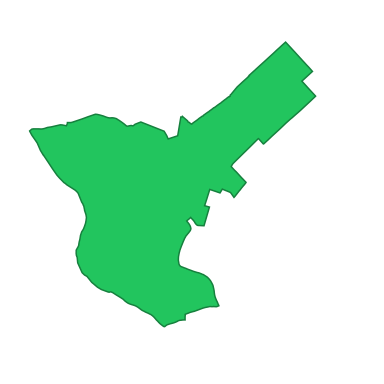 the district of Facaeni, Ialomita, Romania, rotated 167°
{"feature_id": "2599482B24358935740376", "entity_name": "Facaeni", "entity_type": "district", "adm_level": 2, "iso_a3": "ROU", "parent_name": "Romania", "parent_adm1": "Ialomita", "projection": "mercator", "projection_center": [27.92, 44.584], "detail": "fine", "context": "isolated", "style": "filled", "palette": "green", "viewbox_px": 384, "rotation_deg": 167, "n_neighbors": 0, "source": "geoboundaries", "source_scale": "gbopen_adm2", "svg_char_len": 5896}
<svg xmlns="http://www.w3.org/2000/svg" viewBox="0 0 384 384"><g transform="rotate(167 192 192)"><path d="M336.5,288.0L336.4,287.5L335.5,284.2L335.1,282.9L333.4,278.7L331.8,274.6L330.3,266.5L328.7,261.7L328.6,261.8L325.2,252.8L322.7,246.0L319.8,238.8L317.9,235.3L316.0,232.2L314.7,230.0L313.6,228.9L312.4,227.2L306.5,221.2L305.2,219.8L303.8,217.6L303.2,216.3L301.8,207.3L301.8,207.2L301.0,204.8L300.9,203.6L300.6,202.6L300.7,199.0L300.8,198.3L300.4,193.8L300.6,190.9L301.7,187.9L302.8,185.4L304.6,182.5L306.2,180.2L308.5,177.9L310.4,174.8L311.2,172.8L311.8,171.3L313.2,168.6L313.9,166.9L314.4,165.5L315.1,164.5L317.9,161.4L318.7,158.1L318.9,156.1L318.6,154.1L319.3,148.7L317.2,138.1L315.4,135.3L313.3,133.4L310.0,126.5L305.5,120.5L302.3,117.4L296.2,113.4L295.1,113.0L294.4,113.0L293.5,113.0L291.8,111.7L288.7,108.5L285.5,105.4L283.3,103.1L282.7,102.2L282.4,101.7L281.8,100.8L281.3,100.2L279.6,98.3L278.1,97.1L276.2,95.9L274.4,94.9L272.7,93.8L270.9,92.2L269.6,90.7L267.7,88.4L267.0,87.7L265.8,86.8L264.5,85.6L263.7,85.0L261.9,83.7L260.9,82.8L259.5,81.7L258.5,80.5L257.7,79.4L257.0,78.3L255.5,75.4L254.4,73.7L253.9,72.7L253.1,71.4L252.4,70.4L250.1,67.6L249.5,67.1L249.1,67.0L248.8,67.0L247.4,67.7L246.7,68.0L245.5,68.3L244.8,68.3L243.2,68.5L242.1,68.5L239.3,68.6L237.0,68.9L235.2,69.3L234.8,69.5L234.4,69.6L233.4,69.7L232.7,69.7L231.1,69.5L230.1,69.4L228.8,69.2L227.5,68.9L227.3,69.9L226.8,72.1L226.7,72.3L226.5,72.9L226.4,73.1L226.3,73.8L226.2,74.3L224.4,74.6L222.8,74.8L221.1,75.1L219.0,75.2L218.3,75.2L217.6,75.3L217.4,75.3L217.3,75.2L217.2,75.2L216.9,75.2L213.5,75.6L210.5,76.0L208.1,76.3L207.2,76.4L204.9,76.5L202.1,76.4L200.4,76.4L199.7,76.2L198.8,75.9L197.1,75.5L196.9,75.6L196.7,75.6L196.0,75.3L195.1,75.0L194.5,74.9L193.8,74.7L193.6,74.7L191.4,75.1L191.5,75.9L191.8,77.1L191.9,77.9L192.2,79.6L192.4,80.3L192.8,82.4L193.1,84.8L193.1,86.9L192.9,89.1L192.7,90.6L192.6,92.9L192.6,94.4L192.6,96.4L193.2,98.9L193.9,101.3L194.7,103.0L194.9,103.4L195.4,104.2L195.9,105.1L196.5,105.9L197.4,106.8L198.6,108.0L199.4,108.9L200.6,109.6L201.2,110.1L203.5,111.7L205.0,112.4L205.3,112.5L205.7,112.8L206.8,113.4L207.8,114.0L208.8,114.6L210.7,115.9L211.8,116.6L212.9,117.3L214.3,118.3L214.7,118.6L215.2,119.0L216.7,119.9L217.5,120.5L217.8,120.7L218.7,121.3L219.3,121.7L219.7,122.0L219.9,122.3L220.1,122.5L220.3,122.8L220.6,123.5L220.8,124.0L220.9,125.2L220.8,126.1L220.7,127.8L220.7,128.3L220.3,130.0L220.0,131.0L219.8,131.8L218.9,133.9L218.6,134.6L218.1,135.7L217.6,136.6L216.9,138.0L215.4,140.3L215.2,140.6L215.0,140.9L214.4,141.8L211.6,145.8L210.1,147.8L209.8,148.3L209.1,149.0L208.2,150.0L207.9,150.4L207.1,151.0L206.7,151.3L206.3,151.6L205.9,151.9L205.6,152.2L204.7,152.8L203.4,153.9L202.9,154.3L202.6,154.6L202.4,154.8L202.2,155.0L202.0,155.3L201.4,156.3L201.4,156.5L201.3,156.8L201.3,157.2L201.3,158.5L201.4,159.1L201.5,159.7L201.8,160.7L202.2,161.9L202.4,162.2L202.9,163.4L203.2,163.8L203.3,164.1L203.5,164.5L203.7,165.0L203.3,165.2L202.4,165.7L200.7,166.5L199.0,167.5L198.8,167.0L197.3,164.5L197.3,164.4L197.1,164.2L196.4,162.6L195.7,160.4L194.8,158.9L194.2,158.3L193.5,158.0L187.9,156.4L178.4,173.4L182.8,175.8L179.2,181.8L174.7,189.5L174.1,190.5L164.9,184.8L161.8,188.0L159.2,186.1L157.1,184.7L156.9,184.5L155.7,183.7L154.8,183.0L154.7,182.9L154.3,182.2L152.3,177.3L151.0,178.2L145.7,182.5L144.9,183.0L142.9,184.7L140.4,186.6L139.5,187.2L138.4,188.1L137.2,189.1L137.2,189.3L138.4,191.3L139.5,193.2L140.5,194.8L143.3,199.8L144.2,201.4L144.9,202.5L145.7,203.7L147.8,207.4L148.1,207.9L147.0,209.2L146.4,209.8L146.1,210.1L145.6,210.5L142.4,212.5L139.8,214.1L127.7,221.5L121.7,225.2L116.4,228.5L115.4,229.1L115.2,229.1L111.7,222.8L111.4,222.7L108.4,224.4L104.2,226.8L101.7,228.3L92.0,233.8L85.1,237.9L83.3,238.9L81.3,240.0L80.1,240.7L77.6,241.9L73.4,244.2L71.3,245.3L67.8,247.2L62.1,250.5L55.5,254.3L53.0,255.8L51.1,256.9L50.0,257.6L50.5,258.5L54.5,265.5L60.0,275.3L47.5,282.4L50.1,287.2L52.0,290.4L57.2,299.6L62.1,308.3L67.1,317.0L70.9,314.9L77.3,311.3L82.1,308.5L104.7,295.8L109.9,292.9L109.8,292.7L110.8,292.1L110.7,291.9L117.9,287.9L124.4,284.2L124.8,283.8L125.1,283.6L125.4,283.4L126.9,282.3L127.2,282.0L127.6,281.7L128.6,281.0L130.1,279.8L130.8,279.3L131.5,278.7L133.0,277.8L133.1,277.6L133.2,277.4L133.2,277.1L133.2,276.9L134.0,276.4L134.4,276.5L134.5,276.6L135.6,276.2L136.7,275.7L137.8,275.1L139.3,274.5L141.0,273.7L143.4,272.6L143.8,272.3L144.5,272.0L145.2,271.9L145.7,271.6L147.7,270.8L149.8,269.8L150.4,269.6L151.0,269.3L151.4,269.2L151.8,269.2L154.1,268.1L157.0,266.9L157.2,266.7L157.5,266.4L158.1,266.4L158.3,266.3L158.9,266.1L159.6,265.8L161.1,265.2L162.2,264.7L163.3,264.3L163.7,264.0L164.0,263.7L164.3,263.5L164.6,263.6L164.9,263.6L168.8,262.0L170.1,261.3L172.2,260.4L175.4,259.1L176.7,258.5L176.8,258.3L177.3,258.3L178.1,259.1L178.6,259.8L179.2,260.6L179.5,260.8L179.8,260.9L180.0,261.1L180.2,261.4L180.2,261.8L180.2,262.0L180.3,262.3L184.4,267.9L184.9,267.3L186.0,267.6L193.3,250.0L203.3,249.1L203.6,250.7L203.8,251.9L204.0,252.8L205.5,257.5L226.1,271.7L229.1,271.3L232.3,270.8L232.4,270.7L233.4,270.2L233.8,270.1L234.1,269.9L234.5,269.8L234.9,269.8L235.0,269.8L235.7,270.2L236.2,270.4L236.3,270.5L236.5,270.5L237.6,270.6L239.9,270.6L240.2,270.7L240.5,270.8L240.8,271.0L241.0,271.1L242.7,273.4L244.3,275.3L245.1,276.2L246.9,278.2L247.8,279.0L248.1,279.4L248.9,280.2L249.0,280.3L249.2,280.5L249.5,280.7L249.7,280.8L251.0,281.5L252.0,281.9L252.5,282.1L253.3,282.3L254.4,282.5L255.2,282.6L255.4,282.6L256.5,283.1L257.1,283.3L258.1,283.9L259.1,284.5L261.3,286.0L261.8,286.3L262.2,286.5L264.0,287.5L265.4,288.2L266.6,288.8L267.7,289.2L268.2,289.4L268.6,289.4L268.8,289.5L276.5,288.7L282.7,287.9L293.1,286.9L294.4,286.9L297.8,287.7L297.9,287.3L298.0,286.9L298.3,286.4L299.2,285.1L299.5,284.8L303.5,286.6L305.3,287.1L314.4,287.1L318.3,287.4L321.4,287.1L323.3,287.1L324.8,287.3L327.2,288.0L332.4,289.2L333.9,289.3L336.5,288.0Z" fill="#22c55e" stroke="#15803d" stroke-width="1.5"/></g></svg>